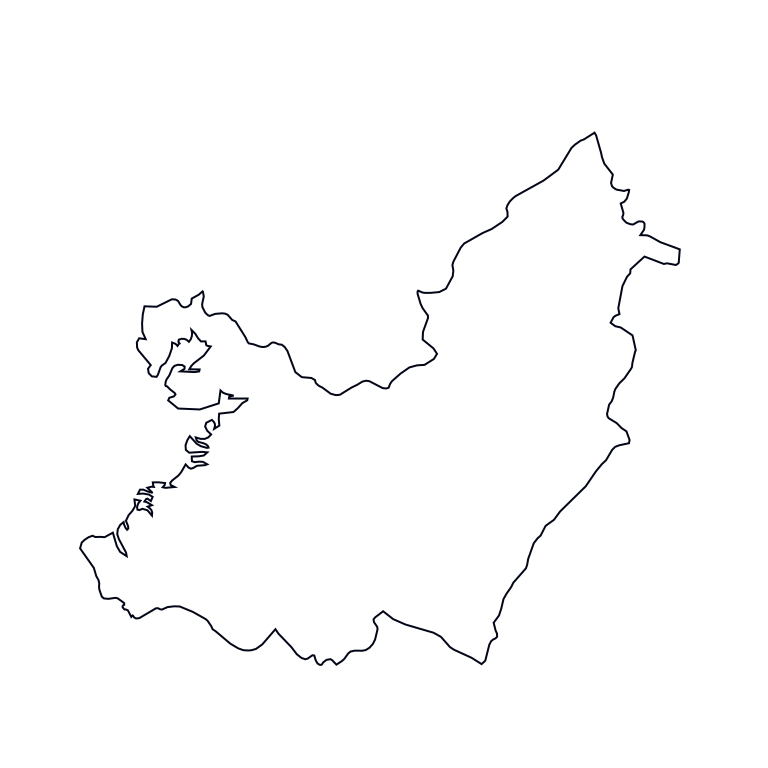 an SVG outline of Valle del Cauca, rotated 12°
{"feature_id": "COL-1408", "entity_name": "Valle del Cauca", "entity_type": "Department", "adm_level": 1, "iso_a3": "COL", "parent_name": "Colombia", "parent_adm1": "", "projection": "mercator", "projection_center": [-76.797, 4.064], "detail": "fine", "context": "isolated", "style": "outline", "palette": "ink", "viewbox_px": 768, "rotation_deg": 12, "n_neighbors": 0, "source": "natural_earth", "source_scale": "10m", "svg_char_len": 6163}
<svg xmlns="http://www.w3.org/2000/svg" viewBox="0 0 768 768"><g transform="rotate(12 384 384)"><path d="M138.4,624.2L120.9,608.0L121.3,601.9L123.6,598.6L127.0,595.2L130.5,593.0L133.4,593.7L138.4,592.5L142.6,591.9L149.7,585.8L156.4,598.2L160.8,603.1L168.1,605.9L166.8,602.6L156.9,590.8L154.3,586.4L153.8,581.5L155.2,576.8L158.0,573.2L159.1,575.7L161.1,578.5L163.0,580.0L163.9,578.6L163.3,576.4L160.0,571.4L161.5,565.3L164.3,560.3L166.0,555.1L163.9,548.8L170.0,548.8L168.5,551.8L168.2,553.6L168.1,556.0L169.0,558.2L170.9,558.2L173.7,556.3L178.9,556.7L184.4,561.0L184.0,558.1L182.9,555.9L180.9,554.3L178.3,553.1L182.2,550.8L176.6,548.9L174.1,548.8L175.3,546.0L176.4,545.3L180.3,547.0L181.2,542.5L177.0,541.0L170.9,541.3L166.1,542.7L167.3,538.1L170.6,537.4L175.3,538.3L180.3,538.6L174.1,534.7L178.0,532.8L180.3,532.5L179.4,531.3L178.3,528.3L184.2,527.0L190.5,526.4L190.5,528.3L189.0,531.0L191.9,531.0L200.6,528.3L196.4,527.2L195.4,525.2L196.8,522.5L202.0,516.2L203.9,512.5L206.7,503.9L210.1,506.3L212.6,507.0L214.8,505.9L218.0,502.9L225.8,500.6L227.8,499.3L223.1,497.8L219.2,498.4L215.2,499.8L212.2,499.5L211.0,494.9L217.7,493.3L222.6,491.4L225.4,487.6L220.2,488.2L207.8,491.7L203.9,489.7L202.6,485.1L203.3,479.8L204.9,475.4L213.2,481.4L217.7,482.9L224.2,483.3L225.6,482.7L224.8,481.4L222.7,480.1L220.0,479.5L214.4,479.2L212.5,478.1L211.0,475.4L215.9,475.8L220.0,475.0L223.2,472.8L225.4,469.3L220.7,466.4L217.9,462.8L218.2,458.9L223.1,454.9L225.5,456.5L226.8,458.1L227.4,460.1L227.2,463.2L231.6,458.9L229.7,452.8L228.9,447.3L242.6,442.7L246.2,437.8L249.3,432.3L253.6,428.4L253.6,426.6L235.3,430.5L235.3,428.4L239.4,426.6L231.8,426.6L228.4,426.0L225.4,424.3L226.4,437.3L209.1,447.2L187.7,450.8L176.3,444.9L176.9,442.1L181.1,439.8L182.2,437.5L181.1,436.3L176.0,433.8L172.3,431.4L171.0,431.4L170.3,430.6L170.0,427.5L170.3,424.9L172.2,420.3L173.7,412.5L175.2,409.9L178.3,408.1L182.6,407.4L185.4,408.4L185.7,410.7L182.2,414.0L196.4,411.7L200.6,410.1L200.6,408.1L190.5,410.1L191.8,406.3L193.9,403.0L201.9,393.6L206.7,383.3L203.5,383.4L202.1,383.0L200.6,379.4L196.1,380.4L192.6,377.9L189.0,374.1L184.4,371.1L185.7,374.0L186.1,377.2L185.7,380.4L184.4,383.3L181.8,381.8L179.2,381.4L176.6,381.9L174.1,383.3L174.1,385.5L175.6,386.9L175.0,387.4L174.1,389.7L171.8,388.1L168.1,387.5L169.1,393.1L168.1,401.4L165.9,408.9L162.9,412.1L162.0,413.9L160.9,422.1L160.0,424.3L155.3,424.8L151.6,422.3L150.0,418.2L151.9,414.0L136.6,402.0L134.9,399.6L133.6,394.6L135.0,390.2L141.6,389.7L136.9,383.3L134.8,375.2L133.6,366.1L133.6,357.8L145.6,355.7L158.8,345.3L162.5,344.7L165.3,345.6L168.7,349.2L170.1,350.1L172.4,350.6L174.2,350.1L176.2,348.9L178.6,345.8L178.2,340.4L184.2,335.2L187.3,331.1L187.7,331.4L189.5,335.8L189.5,343.6L190.3,346.4L194.3,351.4L197.2,353.2L199.2,353.7L204.3,350.5L211.0,348.5L213.9,348.2L216.7,348.8L222.2,352.9L225.8,353.7L238.6,366.9L242.1,371.5L243.4,372.4L248.2,372.3L254.6,373.2L257.5,373.1L260.4,372.2L262.6,370.7L265.3,367.3L266.7,366.4L268.9,366.3L272.9,367.1L275.8,366.8L279.1,368.4L282.7,371.8L294.8,390.8L302.2,394.4L311.7,393.2L315.7,394.5L316.6,396.5L317.6,397.6L320.6,399.3L324.4,400.3L333.9,404.6L339.3,404.9L343.1,403.7L353.0,394.2L358.0,390.3L362.4,386.1L365.8,384.5L369.1,384.3L383.6,388.3L387.1,387.9L389.3,386.7L389.9,382.8L391.1,379.7L398.0,370.4L405.4,362.5L412.4,358.9L419.6,356.9L427.6,349.1L429.6,343.5L425.0,338.9L412.6,332.5L411.3,325.0L413.3,310.5L412.8,308.0L406.1,301.9L403.2,298.1L398.1,288.8L397.6,286.6L398.0,285.6L402.6,286.5L404.9,286.4L410.5,285.2L418.9,282.6L424.8,277.9L428.8,264.3L428.3,258.8L426.2,253.5L426.4,250.0L430.7,234.6L433.2,229.9L449.2,215.7L457.0,210.1L466.0,200.9L470.1,194.6L469.0,190.0L467.2,186.9L467.6,183.4L469.1,179.3L471.5,175.5L473.7,172.8L497.7,151.9L509.9,138.1L518.3,114.1L521.0,110.2L525.7,105.1L528.8,103.1L537.7,94.4L539.9,96.9L548.4,113.0L550.0,116.7L553.6,122.6L564.3,131.6L564.3,140.2L565.9,143.1L568.0,144.5L571.0,145.5L578.6,145.3L582.4,143.2L583.4,143.2L583.6,145.4L583.0,152.1L581.1,155.8L578.0,158.2L582.6,166.8L582.8,169.0L582.4,170.9L582.8,172.3L584.3,173.7L587.5,175.8L591.7,176.5L594.5,176.2L598.9,172.3L600.2,171.8L602.9,171.4L604.3,171.8L605.5,173.0L606.2,176.5L606.3,179.0L603.8,185.1L610.4,183.9L613.4,184.3L624.7,187.8L645.3,190.8L647.1,204.2L646.0,205.8L644.7,206.9L635.8,207.1L632.8,208.4L612.3,205.2L601.3,220.6L601.8,224.5L599.4,228.6L596.9,238.6L597.4,261.2L599.8,266.7L596.5,268.9L594.7,270.8L592.9,277.0L598.2,279.4L603.8,279.5L617.0,284.8L623.3,298.7L622.9,299.8L622.6,311.7L623.0,315.7L622.6,317.4L618.0,328.5L614.1,334.3L611.4,340.6L610.9,343.5L611.0,348.9L610.7,351.3L610.3,353.5L608.5,357.4L608.4,367.0L609.4,369.3L610.8,370.7L619.8,373.9L625.5,377.7L631.0,379.9L635.9,387.8L635.9,391.0L626.7,395.1L623.2,397.4L620.9,400.9L617.0,412.5L613.8,417.0L609.4,425.5L602.6,442.1L582.8,472.0L578.5,481.5L571.6,489.1L568.7,499.7L566.3,503.0L563.6,508.6L561.4,525.1L561.6,530.8L561.2,534.7L551.8,551.5L550.6,556.2L547.5,563.5L545.6,569.5L545.4,579.3L544.6,586.6L540.9,594.7L544.4,601.9L546.4,604.6L547.2,607.7L546.0,609.6L544.0,611.1L542.2,613.4L541.2,617.2L540.6,633.6L537.7,637.7L526.6,633.6L507.8,629.4L503.2,627.6L492.3,619.5L484.2,617.0L455.0,614.8L441.9,612.1L430.4,606.5L423.8,614.2L422.7,616.3L423.6,618.9L427.8,622.9L428.7,625.3L428.4,635.8L427.2,640.5L424.7,644.9L421.5,648.0L418.3,649.4L410.8,650.9L407.0,652.6L405.1,654.8L402.3,661.2L400.4,663.8L395.8,668.4L390.7,664.9L388.8,664.3L385.1,665.8L382.3,669.1L381.7,671.0L380.8,671.9L379.2,672.0L377.0,671.1L374.6,668.4L372.3,664.1L370.4,664.2L366.5,668.4L364.2,669.6L360.2,669.1L354.8,666.4L348.2,660.7L332.6,650.1L328.8,646.4L319.1,664.0L313.8,669.8L309.6,672.0L306.6,672.9L301.7,673.6L296.4,672.9L287.8,670.0L270.6,660.8L267.3,659.5L265.5,656.9L260.7,652.3L258.6,651.1L244.2,646.6L230.4,644.1L224.9,645.1L218.7,647.2L213.7,650.8L211.9,650.9L209.5,650.3L207.6,650.8L193.3,663.9L190.2,664.9L188.0,664.2L186.7,662.8L186.1,662.7L185.2,664.3L180.6,658.7L178.3,658.2L177.0,658.5L174.8,656.8L174.5,655.7L174.9,654.7L175.8,654.0L175.4,652.3L168.0,649.0L165.7,649.0L159.3,651.4L154.6,652.0L152.2,650.7L148.5,644.6L147.6,642.4L146.9,638.2L145.6,635.3L142.5,631.7L138.4,624.2Z" fill="none" stroke="#020617" stroke-width="2"/></g></svg>